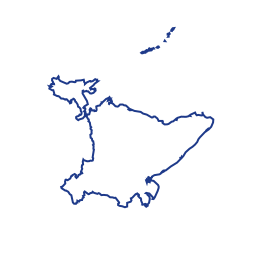 the border of India, rotated 243°
{"feature_id": "IND", "entity_name": "India", "entity_type": "country or territory", "adm_level": 0, "iso_a3": "IND", "parent_name": "Asia", "parent_adm1": "", "projection": "albers", "projection_center": [83.514, 21.122], "detail": "fine", "context": "isolated", "style": "outline", "palette": "blue", "viewbox_px": 256, "rotation_deg": 243, "n_neighbors": 0, "source": "natural_earth", "source_scale": "50m", "svg_char_len": 5841}
<svg xmlns="http://www.w3.org/2000/svg" viewBox="0 0 256 256"><g transform="rotate(243 128 128)"><path d="M49.6,108.5L50.8,108.0L52.7,108.1L52.9,106.3L53.2,106.0L53.4,106.4L57.4,106.7L58.7,107.4L59.8,107.4L60.3,106.8L62.5,106.2L62.8,106.2L62.9,107.1L63.6,107.4L65.5,106.5L65.2,105.5L65.6,104.8L63.9,100.1L64.0,98.6L61.9,98.2L61.1,96.9L61.7,93.3L58.4,91.6L58.8,89.3L60.9,87.3L62.4,85.2L63.8,84.2L65.0,84.8L65.2,85.9L65.7,86.3L71.5,85.2L72.0,83.9L73.1,82.9L74.4,80.6L77.4,79.1L79.4,76.0L80.3,73.8L82.6,72.9L83.3,72.2L83.2,70.9L85.6,68.3L87.2,67.5L86.6,66.5L87.1,64.9L86.8,63.4L87.0,62.7L91.1,60.6L90.7,59.6L87.9,58.7L87.9,57.1L86.3,57.0L86.1,55.6L84.7,54.4L85.5,52.5L84.7,51.2L86.2,49.9L84.5,49.0L84.9,48.1L84.1,47.2L85.0,45.6L86.7,45.1L93.8,47.0L95.5,46.1L98.3,45.8L100.4,44.4L100.7,43.7L104.5,41.5L105.8,41.7L105.6,43.0L107.0,46.9L108.7,47.5L110.2,48.8L110.2,49.3L108.9,50.5L109.2,53.6L110.9,55.6L110.7,56.3L111.2,57.0L111.2,59.6L109.6,60.4L108.5,59.0L106.9,59.4L107.4,61.2L108.6,62.8L108.3,64.1L108.9,64.9L108.5,65.8L108.5,66.7L109.7,66.7L109.9,66.1L110.4,66.2L112.4,68.7L113.9,68.9L115.7,70.1L115.9,71.4L118.5,72.4L120.2,73.9L119.3,74.1L116.9,76.5L116.1,78.3L116.0,79.7L115.2,80.9L115.1,81.9L116.9,83.3L117.8,83.1L124.4,87.9L125.1,87.7L127.6,89.2L128.8,89.1L129.1,90.1L132.0,91.0L132.9,90.4L134.9,91.0L136.3,90.3L139.1,91.4L139.5,93.0L141.8,94.1L142.5,94.7L144.2,94.2L144.9,94.5L145.4,95.6L146.6,95.3L150.3,96.5L152.0,95.8L152.4,96.5L153.5,96.9L154.1,96.5L156.5,96.4L157.2,96.7L158.1,94.6L157.1,92.1L157.8,88.3L157.5,87.4L157.8,87.1L160.0,86.2L161.3,86.7L161.5,87.5L161.1,89.6L161.9,90.9L161.1,91.7L161.7,93.0L163.3,93.9L164.3,93.6L166.6,94.4L168.6,94.0L169.7,93.2L171.8,93.8L174.8,93.5L175.5,93.0L176.8,93.4L178.5,93.0L178.9,92.6L178.4,91.5L178.8,90.3L178.3,89.3L177.0,89.5L176.2,88.8L176.3,87.5L178.1,87.6L178.8,87.1L181.1,86.6L181.8,85.9L181.6,85.4L181.8,84.9L183.5,83.7L184.6,81.8L187.2,81.0L188.3,80.1L188.5,79.5L191.5,77.2L192.3,78.0L195.6,78.6L196.2,77.5L198.8,75.8L200.0,77.0L200.6,76.9L199.5,78.0L199.6,79.0L201.1,78.1L202.0,79.7L200.6,82.0L201.2,82.2L202.3,81.6L203.3,82.1L204.8,81.9L206.2,82.7L206.4,84.4L204.2,86.7L205.6,89.5L204.8,89.5L203.5,88.4L200.7,89.0L195.3,93.5L195.0,95.0L195.6,96.9L194.8,99.0L192.9,101.5L192.8,102.1L193.8,103.1L191.8,107.7L191.1,110.5L188.6,109.8L187.6,110.1L186.7,109.6L187.3,111.9L187.2,115.3L186.9,115.9L186.2,116.0L185.8,117.9L186.4,120.9L185.8,121.2L185.1,122.4L184.0,121.6L183.3,122.6L182.6,118.3L181.8,116.8L180.9,112.3L179.2,112.3L179.3,113.4L178.3,114.8L178.4,116.3L177.7,116.7L177.1,116.4L176.6,115.4L176.3,115.5L176.3,116.2L176.0,116.1L175.0,113.2L175.3,111.1L176.0,110.0L178.7,109.2L179.1,108.2L179.9,107.9L180.4,104.9L181.6,105.1L181.7,104.5L179.4,103.2L170.7,103.7L167.4,103.0L167.1,99.1L166.3,97.4L165.8,97.6L165.7,98.7L164.7,98.8L163.7,98.2L162.7,96.4L162.2,96.6L162.5,97.3L161.7,97.4L160.9,97.1L160.6,96.3L159.2,95.5L159.1,96.0L159.6,96.7L158.1,98.5L157.8,99.7L160.1,101.8L161.6,102.0L162.6,103.4L161.9,103.9L159.9,103.9L159.2,105.8L158.3,105.7L157.7,107.4L158.4,108.3L161.6,109.5L161.5,111.1L160.8,113.2L161.8,114.6L161.8,115.7L162.9,116.1L162.5,117.0L163.8,121.7L163.7,123.7L163.3,123.7L163.9,125.5L163.1,125.5L162.8,124.9L162.2,125.9L161.9,125.0L162.1,123.4L161.5,122.7L161.3,125.5L160.6,125.8L159.6,125.0L159.5,125.8L158.8,125.7L158.4,125.4L159.1,122.6L157.9,121.9L157.6,121.2L157.8,122.0L158.9,122.8L157.8,124.6L156.3,125.7L153.1,126.7L151.8,128.4L151.7,129.2L152.5,131.6L151.3,134.0L149.9,134.9L149.3,136.0L148.5,135.7L148.9,136.1L148.4,136.6L144.8,137.9L144.4,137.9L144.7,137.6L144.4,136.8L143.0,137.6L142.6,138.6L143.6,138.0L144.0,138.4L140.3,141.5L136.6,146.6L134.0,148.0L131.4,150.8L126.6,153.9L126.2,154.9L126.6,155.8L126.0,157.2L123.2,158.5L120.4,158.5L118.6,162.0L117.7,161.9L117.5,161.3L116.7,161.1L114.6,162.2L113.5,164.5L113.2,166.0L113.8,169.7L113.4,171.3L114.5,175.7L113.6,174.3L113.0,175.0L114.6,176.5L113.9,180.6L111.6,184.8L111.0,187.3L111.2,188.0L110.6,188.8L111.2,188.7L111.5,189.5L111.3,194.8L109.4,194.7L108.1,195.1L107.8,196.5L105.8,199.2L105.6,199.9L106.2,200.6L108.6,201.6L106.0,201.0L102.6,201.9L101.2,203.1L100.3,206.2L96.9,207.9L94.3,206.3L91.3,202.7L90.1,199.3L89.7,196.5L90.3,197.1L90.4,198.8L90.9,198.9L90.3,196.5L89.5,195.5L89.5,194.8L87.0,187.7L86.0,185.6L84.1,183.3L82.8,180.2L82.0,177.0L81.6,173.4L80.2,168.3L77.9,164.6L77.1,162.6L77.9,162.6L77.0,161.5L77.4,161.0L76.5,160.7L74.9,156.0L74.3,148.8L73.1,142.5L74.0,140.2L73.8,139.4L73.0,140.4L72.9,139.8L73.0,138.4L74.0,138.6L72.9,138.0L73.0,137.1L72.6,136.7L72.4,135.1L74.0,130.1L73.8,127.3L73.1,126.9L72.8,125.7L73.5,125.1L72.8,125.1L75.7,123.5L72.5,123.7L72.8,122.6L73.5,122.0L72.5,121.9L72.7,120.8L74.2,120.5L70.7,120.0L71.4,120.6L71.2,121.2L69.8,122.7L70.7,123.3L70.8,124.6L69.3,126.8L63.6,128.9L62.0,128.8L60.7,128.1L58.4,125.8L54.1,120.4L53.1,118.5L53.6,117.6L54.8,118.7L59.9,117.3L61.9,114.8L61.8,114.3L60.9,115.2L59.7,115.0L57.2,115.9L54.9,115.2L51.8,112.8L50.8,110.4L52.9,108.8L49.8,110.1L49.6,108.5ZM187.7,186.2L187.4,186.2L186.5,184.2L187.2,182.2L187.9,182.0L187.4,180.1L187.9,175.1L188.2,174.3L189.0,173.9L189.2,174.8L188.8,175.2L189.2,175.9L188.2,177.6L188.7,178.2L189.0,180.0L188.3,180.7L188.4,182.0L187.7,183.4L188.1,184.1L187.7,186.2ZM196.6,213.1L196.1,214.5L195.0,212.9L195.1,211.9L195.9,211.6L196.6,213.1ZM186.8,192.2L186.0,192.3L185.8,191.0L186.7,190.1L187.1,191.3L186.8,192.2ZM193.4,207.9L192.9,207.9L192.7,207.2L192.9,207.1L193.4,207.9ZM193.9,206.8L193.5,207.0L193.5,205.8L193.8,205.9L193.9,206.8ZM195.3,210.9L194.8,211.5L194.5,211.2L195.0,210.6L195.3,210.9ZM189.1,200.4L188.5,200.5L188.8,200.0L189.1,200.4ZM187.6,187.1L187.0,187.1L187.3,186.4L187.6,186.6L187.6,187.1ZM189.3,183.1L189.6,183.9L189.0,183.3L189.3,183.1ZM191.1,205.2L191.6,206.0L190.9,205.7L191.1,205.2ZM187.3,177.6L187.1,178.6L187.2,177.6L187.3,177.6Z" fill="none" stroke="#1e3a8a" stroke-width="2"/></g></svg>